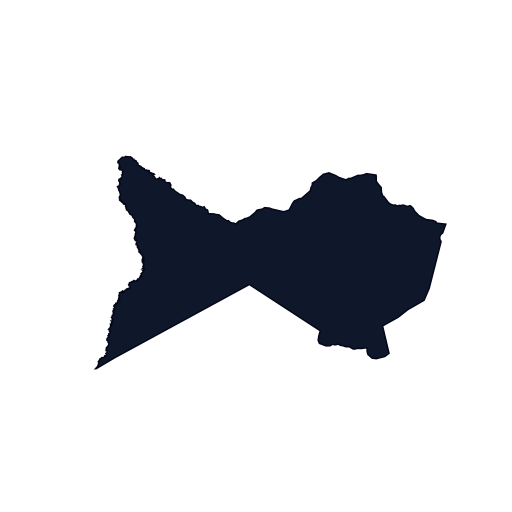 outline of Dormaa West, Brong Ahafo, Ghana, rotated 160°
{"feature_id": "2480657B11503231198633", "entity_name": "Dormaa West", "entity_type": "district", "adm_level": 2, "iso_a3": "GHA", "parent_name": "Ghana", "parent_adm1": "Brong Ahafo", "projection": "albers", "projection_center": [-2.874, 6.975], "detail": "fine", "context": "isolated", "style": "filled", "palette": "ink", "viewbox_px": 512, "rotation_deg": 160, "n_neighbors": 0, "source": "geoboundaries", "source_scale": "gbopen_adm2", "svg_char_len": 6152}
<svg xmlns="http://www.w3.org/2000/svg" viewBox="0 0 512 512"><g transform="rotate(160 256 256)"><path d="M347.7,394.5L348.3,394.5L348.8,393.8L349.9,393.9L350.6,393.2L352.7,392.6L353.6,391.8L353.8,390.8L353.3,390.4L352.9,389.3L353.5,388.1L353.2,386.0L353.8,385.9L354.3,386.3L355.0,385.0L354.5,384.7L354.3,383.4L353.4,383.3L352.5,382.5L352.4,380.8L353.1,379.8L353.3,378.3L354.5,378.1L354.3,377.2L354.9,376.1L355.6,375.6L356.9,375.2L356.8,374.2L358.2,375.0L358.9,374.3L359.2,373.5L358.8,371.5L359.3,370.7L358.9,369.8L360.1,369.5L360.8,368.6L362.4,368.6L362.1,366.7L362.4,365.0L362.1,362.6L362.5,359.7L364.5,357.8L364.2,356.9L364.8,356.2L364.4,355.6L365.0,355.0L364.2,353.7L363.5,353.6L363.7,352.5L362.5,351.3L362.8,351.0L362.7,350.1L361.6,349.4L360.9,349.5L361.1,347.5L361.6,347.2L361.3,346.6L361.8,345.6L361.6,344.9L361.9,343.7L360.9,342.6L360.0,338.1L358.3,336.9L358.6,336.4L358.3,334.0L357.5,332.4L357.6,331.5L358.3,329.8L357.8,329.5L357.3,327.0L358.2,325.0L357.7,324.6L357.8,324.2L358.5,324.2L358.8,323.6L359.7,323.4L360.2,322.4L361.0,322.2L361.3,321.5L360.6,320.6L361.0,318.6L361.9,318.0L362.2,316.8L363.2,315.8L363.4,315.0L364.3,314.4L364.1,312.0L363.9,311.6L362.9,311.5L362.7,310.9L363.1,309.8L364.2,308.9L364.8,307.8L364.6,307.3L363.9,307.0L363.6,305.8L364.5,305.1L364.1,304.3L364.2,302.8L363.6,301.8L364.3,300.8L364.0,300.5L364.3,300.0L364.0,300.0L364.2,299.5L363.5,299.0L363.8,297.9L362.8,296.6L362.9,295.4L361.9,292.6L363.1,292.9L363.5,292.3L362.9,290.6L363.2,289.5L363.9,289.8L363.8,291.1L364.1,291.4L364.7,290.3L364.6,289.3L364.9,288.7L364.6,288.2L364.3,286.6L364.8,286.3L364.8,285.7L365.6,285.1L365.2,283.9L365.5,283.7L366.0,284.0L366.1,283.4L366.9,283.0L366.1,282.9L366.2,282.6L365.5,282.0L366.2,282.0L366.7,280.5L366.9,281.0L367.4,281.1L367.1,280.3L367.3,279.9L369.0,279.1L369.1,278.5L369.6,278.6L369.4,278.2L370.1,278.0L370.4,276.9L371.1,277.0L371.7,276.6L371.0,275.7L373.0,275.3L374.2,274.3L375.1,274.8L375.3,274.3L376.2,273.9L375.8,273.6L376.0,273.1L376.4,273.6L378.6,273.8L378.9,274.7L379.2,274.8L379.9,274.1L380.7,274.2L381.1,274.5L382.5,274.0L384.0,274.2L384.9,272.9L385.4,272.7L385.2,272.3L385.5,271.6L385.1,271.5L384.6,270.5L385.7,269.1L386.6,269.2L386.8,268.7L387.4,268.6L387.8,268.9L388.2,268.3L388.9,268.5L388.4,269.2L389.0,269.2L389.1,268.8L390.7,268.6L391.8,267.5L392.2,268.0L392.6,267.6L393.1,268.4L393.5,268.0L393.6,268.7L394.3,268.4L393.9,267.6L395.5,268.2L396.9,268.2L397.4,266.7L398.6,265.5L398.3,264.9L398.5,264.0L399.0,263.8L398.9,263.0L399.3,263.0L399.1,261.9L399.8,262.3L400.0,261.4L401.1,261.5L401.5,259.4L402.3,259.8L403.2,258.7L403.8,259.5L404.2,259.2L404.4,258.4L405.6,258.5L406.8,257.5L406.7,257.2L406.0,256.9L405.9,256.6L406.4,256.4L406.9,255.3L407.6,255.1L407.1,254.5L407.5,253.9L407.8,254.0L408.0,253.6L408.6,253.8L408.9,253.6L408.8,253.1L409.3,252.8L409.2,251.7L408.8,251.5L409.7,251.3L409.8,249.8L411.3,249.4L411.9,248.3L412.8,247.7L412.5,246.9L412.6,246.2L412.1,246.0L412.5,245.7L412.1,245.5L412.5,245.3L412.8,244.2L413.6,243.9L414.1,244.3L414.0,243.8L414.5,242.7L414.1,242.3L414.7,241.9L414.7,240.8L415.1,240.7L415.4,241.3L415.8,240.4L416.2,241.1L416.4,240.3L417.7,238.1L418.2,238.3L419.6,237.4L418.8,236.8L419.4,235.6L418.6,235.1L418.7,234.4L419.3,234.1L419.7,233.3L420.8,233.4L421.5,232.1L421.5,231.5L422.2,231.7L422.1,230.7L424.4,229.1L424.9,227.9L424.0,226.0L424.5,225.3L424.0,225.0L423.9,224.6L424.8,223.0L425.8,222.2L425.9,221.7L427.5,221.3L428.4,220.3L428.5,219.6L429.3,218.4L428.5,217.7L428.4,216.6L430.4,215.7L430.1,215.1L430.5,213.9L431.3,213.7L432.1,214.0L433.0,212.9L434.4,212.8L435.8,213.3L436.8,212.6L438.2,212.5L438.6,211.5L439.7,211.1L440.4,210.4L440.1,210.0L440.6,208.6L441.1,208.3L441.1,207.6L441.7,207.5L442.6,206.4L445.3,205.0L444.6,204.8L423.7,208.7L272.0,231.5L221.2,163.8L224.4,159.3L226.4,155.6L226.3,152.2L220.9,147.6L217.1,146.3L214.5,146.9L211.9,145.4L208.7,145.0L207.4,143.3L204.9,141.9L202.8,140.1L199.5,138.9L196.5,135.4L195.4,134.9L192.0,134.4L188.6,133.0L184.3,132.2L183.2,131.0L184.2,128.5L184.5,125.2L181.9,120.4L178.2,118.4L169.4,117.5L164.3,119.0L161.0,147.0L143.5,149.8L131.6,153.7L113.2,156.9L104.3,166.4L77.1,206.3L77.6,208.9L76.5,211.7L74.6,213.2L72.8,213.7L66.7,221.0L75.0,225.1L75.3,226.8L77.9,229.1L83.7,232.1L85.5,234.1L89.1,238.2L91.6,243.9L92.0,246.8L92.6,248.4L93.8,250.5L96.3,250.8L97.7,251.3L99.3,252.9L101.1,253.8L102.8,253.6L103.2,254.2L104.7,254.7L105.9,254.5L107.8,256.4L109.7,256.8L112.4,259.3L113.4,261.3L115.5,268.1L116.4,269.2L116.3,273.0L114.9,277.5L116.4,281.4L117.3,284.5L117.2,285.8L116.0,288.9L115.5,291.0L124.0,295.6L127.2,295.5L130.6,296.1L132.6,296.9L140.6,296.5L142.1,297.2L144.4,296.8L145.8,297.1L151.2,301.4L153.6,304.3L159.0,309.2L165.5,309.8L165.0,309.6L169.3,308.1L173.4,306.2L178.1,305.3L179.1,303.0L180.9,301.5L182.5,298.9L183.5,298.4L193.7,294.5L195.5,295.1L201.2,294.6L203.6,293.0L208.3,288.6L209.4,287.9L214.3,288.0L215.8,288.7L225.2,294.8L226.9,296.4L231.4,298.5L234.1,297.9L238.4,298.7L239.1,298.2L239.7,298.6L241.6,297.3L248.4,294.8L252.0,294.6L253.6,295.0L256.6,294.4L260.2,294.6L263.5,293.2L265.3,293.6L265.3,294.3L267.5,295.4L269.1,296.9L269.7,298.6L271.2,298.8L274.0,302.7L276.6,307.3L279.4,308.7L281.1,309.9L286.3,312.1L285.8,315.5L286.1,316.2L287.4,317.1L287.8,319.9L290.1,320.1L290.8,321.2L292.5,322.2L293.1,323.3L295.2,324.0L295.5,326.3L297.3,328.4L298.4,330.8L300.7,331.8L302.5,333.1L302.7,335.5L304.1,338.2L306.5,339.9L309.7,344.3L310.4,345.6L310.7,347.0L311.6,347.3L312.6,348.1L312.7,350.4L311.7,351.8L312.0,354.2L312.6,354.7L314.1,355.1L316.1,356.5L316.4,357.4L315.8,357.9L315.8,358.8L317.8,359.6L318.4,360.5L318.4,361.3L320.0,361.9L320.0,362.4L321.2,361.6L321.4,362.3L322.9,362.0L324.1,363.1L324.3,365.0L325.6,367.0L324.5,367.4L323.6,367.4L324.0,368.4L324.8,368.6L325.4,369.4L326.2,369.2L326.2,370.1L326.9,370.4L327.5,372.0L327.1,372.7L327.3,372.9L328.2,373.2L329.7,374.4L330.3,374.4L330.7,373.9L331.1,374.8L331.1,376.3L331.9,376.7L332.4,377.8L333.5,378.1L333.4,379.4L335.7,381.5L335.3,383.8L336.2,385.2L336.2,386.5L336.5,386.9L337.0,386.9L337.9,388.0L337.7,388.7L338.7,389.0L338.8,390.4L340.1,392.2L340.8,392.3L344.7,394.2L345.8,393.5L347.7,394.5Z" fill="#0f172a" stroke="#020617" stroke-width="1.5"/></g></svg>